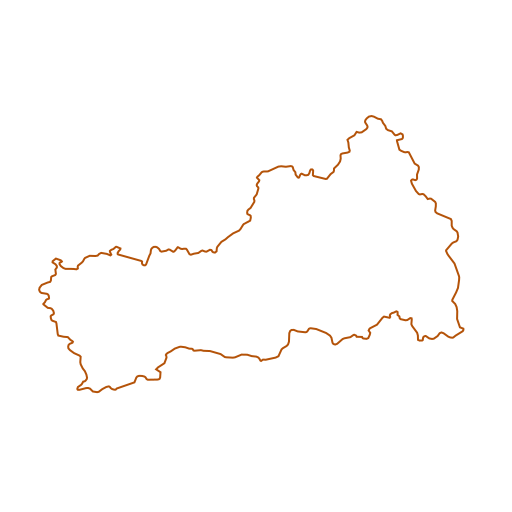 SVG path tracing the border of Cherkasy, rotated 5°
{"feature_id": "UKR-319", "entity_name": "Cherkasy", "entity_type": "Region", "adm_level": 1, "iso_a3": "UKR", "parent_name": "Ukraine", "parent_adm1": "", "projection": "equal_earth", "projection_center": [31.26, 49.352], "detail": "fine", "context": "isolated", "style": "outline", "palette": "amber", "viewbox_px": 512, "rotation_deg": 5, "n_neighbors": 0, "source": "natural_earth", "source_scale": "10m", "svg_char_len": 6064}
<svg xmlns="http://www.w3.org/2000/svg" viewBox="0 0 512 512"><g transform="rotate(5 256 256)"><path d="M358.9,106.5L361.3,106.9L365.4,108.6L368.6,108.9L370.0,110.5L370.8,112.2L373.5,115.2L374.6,117.9L376.4,119.1L380.5,120.0L383.6,123.2L384.4,123.6L386.2,123.1L389.4,121.2L391.4,122.1L391.9,123.5L392.0,125.4L391.6,126.3L391.1,126.8L386.3,128.4L386.5,129.4L389.6,137.6L391.5,138.6L394.5,139.6L395.9,139.7L397.8,139.2L399.2,139.4L406.0,150.1L409.6,151.9L410.5,153.3L410.6,155.8L409.3,160.8L409.7,164.6L409.5,165.5L409.1,166.1L408.0,166.6L405.6,166.0L404.5,166.5L403.9,167.5L405.0,170.4L409.7,177.3L412.7,180.1L413.9,180.4L416.3,179.7L417.6,179.9L419.9,181.8L422.1,184.3L424.3,183.6L425.5,183.7L429.8,186.5L430.6,188.0L430.8,190.9L430.5,195.1L431.0,196.5L432.7,197.7L446.9,202.2L447.9,204.0L448.3,208.7L449.3,210.7L450.4,211.9L453.8,213.9L454.7,215.1L455.7,218.9L455.4,221.8L455.1,222.8L454.2,223.9L451.4,225.3L450.0,226.5L444.9,233.7L444.9,234.4L446.5,237.3L447.8,238.9L454.4,246.2L459.9,258.2L460.3,259.5L460.4,262.4L460.0,270.2L458.5,274.9L455.4,282.5L455.4,283.7L458.6,286.4L460.3,289.4L461.3,293.4L461.8,301.2L465.4,309.3L468.9,310.3L469.1,311.5L468.5,312.9L461.8,317.9L459.6,320.0L458.7,320.3L456.6,320.2L454.6,319.6L449.6,316.6L447.4,316.0L445.7,316.9L443.9,319.9L440.3,322.9L438.6,323.3L435.8,323.0L432.3,321.0L431.6,320.9L430.0,321.8L429.5,323.2L429.5,325.1L428.9,325.7L426.3,326.0L424.7,325.4L424.2,321.1L423.2,318.4L417.8,312.3L416.9,310.8L416.7,310.3L416.7,305.7L416.4,304.5L415.1,304.4L412.3,306.6L410.6,307.0L405.5,306.3L404.6,305.5L404.1,303.7L402.1,302.3L402.1,300.4L401.8,299.3L400.6,298.9L398.0,300.5L396.6,300.9L395.0,302.2L394.5,303.3L395.0,305.0L394.5,305.9L388.8,305.2L387.4,306.5L382.5,313.9L376.0,318.0L375.4,318.6L374.7,320.4L376.5,322.6L376.2,324.6L375.0,328.0L373.3,328.9L370.0,328.8L369.3,328.4L368.7,327.4L363.3,327.7L362.7,326.6L360.8,325.9L360.1,326.1L357.1,328.6L351.2,330.3L349.5,331.2L344.5,336.4L342.6,337.3L341.1,337.0L340.2,336.4L339.7,335.5L338.3,330.9L336.7,328.9L332.6,326.6L322.4,323.5L316.8,323.2L316.0,323.4L315.1,323.9L313.8,326.4L313.0,327.3L311.8,327.7L304.1,327.5L300.1,326.3L297.8,326.6L296.6,327.7L295.9,329.9L296.3,338.5L295.6,341.4L294.3,343.0L290.8,345.5L289.6,346.8L287.1,353.9L284.4,355.5L274.7,358.5L272.0,358.6L270.2,360.1L269.5,359.8L268.2,357.9L267.1,356.9L265.1,356.2L260.4,356.1L255.9,355.1L250.2,355.5L243.9,358.8L241.8,359.3L235.4,359.5L233.8,359.4L229.3,356.8L218.5,354.7L212.0,355.0L209.3,354.6L203.1,355.7L202.0,355.6L201.0,354.3L200.3,354.0L197.5,354.1L193.5,353.1L189.0,352.9L187.7,353.2L183.2,355.3L179.3,358.5L176.3,360.4L175.1,361.7L174.8,362.5L175.4,363.5L175.7,365.1L174.1,370.8L168.2,375.4L166.4,377.6L171.0,380.1L171.1,385.3L170.7,386.7L169.9,387.3L168.5,387.7L159.0,388.7L157.8,388.2L156.4,386.4L155.3,385.8L152.9,385.4L149.9,385.6L148.3,386.3L147.4,387.5L145.9,392.5L128.9,400.1L127.8,401.4L126.3,401.5L124.3,401.1L122.7,400.2L122.0,399.3L120.8,398.7L118.3,399.5L114.5,402.0L111.2,405.0L109.6,405.5L105.3,405.2L102.2,402.6L100.2,402.1L98.2,402.4L91.8,404.7L90.2,404.8L89.8,404.5L89.6,403.8L90.0,402.1L93.1,399.5L93.8,398.5L94.8,396.2L96.2,395.8L97.0,395.1L98.1,393.4L98.3,392.0L97.4,389.0L95.6,385.7L93.2,383.1L90.8,379.2L90.2,377.1L90.1,371.6L88.9,370.6L83.2,368.6L78.9,366.0L77.2,364.4L76.8,362.8L77.0,361.1L78.0,359.8L80.7,358.4L81.1,357.4L80.5,356.8L78.4,355.7L75.6,353.2L71.3,353.2L66.0,352.5L65.3,351.1L63.1,340.7L62.5,339.2L58.7,338.2L57.8,337.5L57.1,336.0L56.7,333.9L57.2,333.1L59.3,331.7L59.6,331.1L59.6,330.3L58.8,328.2L57.1,326.4L55.8,325.9L53.1,325.8L48.4,322.7L48.3,322.3L49.7,320.5L50.7,318.1L51.3,317.5L53.3,316.6L53.5,316.0L53.0,313.7L52.2,312.5L51.0,311.9L45.4,311.5L43.8,310.4L42.9,308.6L43.2,306.4L45.1,303.5L50.7,300.6L53.2,299.7L53.8,298.3L53.8,294.8L54.5,294.0L57.6,292.5L58.0,291.9L58.2,291.2L57.3,287.0L58.6,284.9L58.5,283.4L57.0,281.7L53.9,280.1L53.9,278.9L56.9,276.0L61.9,277.3L63.1,278.3L62.8,278.8L61.2,279.6L60.9,280.2L61.0,281.3L62.5,283.1L65.2,284.8L67.3,285.4L75.0,284.8L78.3,284.9L79.6,284.0L79.3,282.3L79.5,281.1L83.0,277.8L84.1,276.4L85.2,273.8L85.9,272.8L90.3,270.3L96.0,270.0L98.2,269.4L99.6,267.6L101.5,266.4L107.2,266.9L110.9,268.1L111.7,267.3L110.1,264.5L110.0,263.7L111.4,262.4L113.3,261.5L115.6,259.1L116.3,259.0L120.3,260.3L120.2,261.3L118.7,263.3L117.9,265.0L118.0,266.1L118.5,266.5L142.0,270.9L143.0,271.4L143.0,273.1L143.7,274.4L145.0,275.0L146.2,275.0L147.2,274.1L149.7,265.0L150.7,262.6L150.8,259.3L151.2,257.9L152.3,256.6L153.5,255.8L155.4,255.6L156.8,256.0L158.8,257.4L160.2,259.4L161.4,259.9L166.1,258.6L168.2,257.1L169.5,257.2L173.1,259.0L173.7,258.9L175.0,257.6L177.2,254.1L177.7,254.1L180.2,255.3L181.8,255.5L183.7,255.0L185.7,254.9L186.6,255.7L189.6,260.0L191.0,260.4L194.0,259.1L198.3,258.0L200.9,255.8L202.1,255.2L204.9,256.0L206.3,256.0L209.6,253.8L211.1,254.0L212.2,255.5L213.0,256.0L214.8,256.2L216.3,254.8L216.3,251.5L216.7,250.2L220.3,244.9L224.1,242.1L226.6,239.5L231.3,235.4L236.9,232.2L238.2,230.5L240.4,226.1L241.1,225.2L247.1,221.3L247.5,218.3L247.2,216.5L246.3,215.8L244.8,215.4L243.7,214.8L243.4,213.6L243.5,211.7L244.4,210.4L246.4,208.6L249.6,202.2L249.6,200.9L248.9,199.4L248.9,198.2L251.3,194.6L252.5,188.6L252.3,187.5L250.9,186.3L250.5,185.3L250.9,183.8L252.5,181.4L252.7,180.2L250.1,177.9L250.5,176.9L252.2,175.2L254.4,172.0L255.9,171.2L260.5,170.7L270.5,165.0L273.3,164.4L278.0,164.5L282.7,163.4L284.1,163.6L284.9,164.3L285.9,167.0L287.9,169.1L288.4,171.5L290.7,174.0L291.4,174.3L292.1,174.0L293.0,171.2L293.7,170.3L294.3,170.0L297.6,171.3L299.3,171.2L301.0,170.6L301.9,168.9L302.4,166.4L303.0,165.1L304.3,164.8L304.9,165.1L305.5,166.0L305.6,170.5L306.5,171.3L318.7,173.2L319.9,172.9L323.2,167.9L325.9,165.5L326.2,164.3L326.1,162.0L329.7,157.9L331.5,154.5L331.9,151.7L331.4,148.2L331.9,147.0L333.2,146.3L338.2,145.0L340.0,144.0L340.2,142.8L339.0,139.7L338.1,134.9L337.0,132.3L338.6,130.5L343.5,127.2L345.4,123.6L348.1,124.1L350.5,123.6L354.8,120.0L355.8,118.4L355.8,117.2L355.3,116.2L353.1,113.4L352.9,112.3L353.2,111.0L354.3,109.3L356.3,107.3L358.9,106.5Z" fill="none" stroke="#b45309" stroke-width="2"/></g></svg>